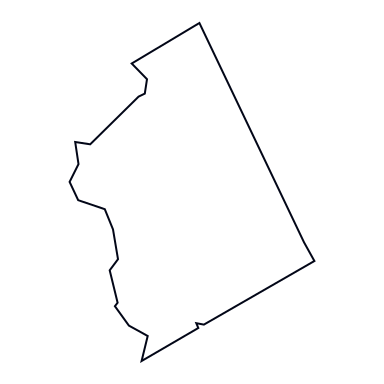 the district of Twiggs, Georgia, United States of America
{"feature_id": "52423323B36481911498881", "entity_name": "Twiggs", "entity_type": "district", "adm_level": 2, "iso_a3": "USA", "parent_name": "United States of America", "parent_adm1": "Georgia", "projection": "robinson", "projection_center": [-83.494, 32.675], "detail": "fine", "context": "isolated", "style": "outline", "palette": "ink", "viewbox_px": 384, "rotation_deg": 0, "n_neighbors": 0, "source": "geoboundaries", "source_scale": "gbopen_adm2", "svg_char_len": 416}
<svg xmlns="http://www.w3.org/2000/svg" viewBox="0 0 384 384"><path d="M131.7,63.5L147.0,79.2L144.8,93.6L138.6,96.6L90.2,144.3L75.2,142.0L78.5,164.1L69.6,181.9L78.2,200.2L104.8,209.2L113.0,229.4L118.0,259.2L109.7,270.3L117.6,302.7L114.9,306.2L128.9,325.6L147.7,336.0L141.6,361.0L198.3,328.0L196.3,323.2L203.9,324.6L314.4,261.0L304.0,242.3L199.4,23.0L131.7,63.5Z" fill="none" stroke="#020617" stroke-width="2"/></svg>